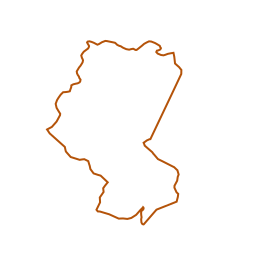 outline of Des Bottes, Soufrière, Saint Lucia, rotated 296°
{"feature_id": "8701671B89726898979713", "entity_name": "Des Bottes", "entity_type": "district", "adm_level": 2, "iso_a3": "LCA", "parent_name": "Saint Lucia", "parent_adm1": "Soufrière", "projection": "equal_earth", "projection_center": [-61.034, 13.88], "detail": "fine", "context": "isolated", "style": "outline", "palette": "amber", "viewbox_px": 256, "rotation_deg": 296, "n_neighbors": 0, "source": "geoboundaries", "source_scale": "gbopen_adm2", "svg_char_len": 2748}
<svg xmlns="http://www.w3.org/2000/svg" viewBox="0 0 256 256"><g transform="rotate(296 128 128)"><path d="M215.5,135.9L213.7,133.4L212.1,131.3L210.1,129.4L208.9,128.1L208.1,125.7L207.9,122.0L208.7,120.1L210.2,120.1L211.0,121.2L212.0,122.0L212.8,122.6L214.2,122.6L215.0,121.3L215.8,120.5L216.0,118.4L216.2,115.6L216.2,115.2L216.2,114.7L215.9,111.0L215.1,108.9L213.1,107.3L210.7,105.6L208.1,104.5L204.1,102.6L201.9,101.5L201.4,100.4L201.5,99.5L201.5,97.9L199.9,95.8L198.9,94.7L198.1,91.8L198.0,88.9L198.0,88.6L198.0,88.0L198.3,85.6L198.0,84.1L198.0,83.2L198.0,81.9L198.7,79.8L198.9,78.9L198.3,76.5L198.1,75.7L197.3,72.6L196.9,71.0L196.3,69.4L195.1,68.3L193.7,67.0L190.7,65.1L189.5,64.0L189.5,63.1L189.6,59.9L189.4,57.4L189.0,55.3L188.0,53.9L187.0,53.7L186.2,54.7L185.2,56.3L184.6,57.1L183.8,57.3L182.0,57.3L177.2,54.8L174.5,54.3L172.7,54.2L170.9,55.8L169.9,57.1L169.1,57.9L168.3,58.1L167.1,58.4L165.7,58.3L163.0,58.0L161.0,57.5L156.4,57.1L154.8,58.2L153.6,59.7L152.8,61.2L151.5,62.5L150.7,64.1L149.1,64.6L147.9,64.5L146.1,63.2L144.9,61.6L143.3,59.7L141.5,58.4L139.7,59.1L137.5,59.3L135.5,59.6L134.3,58.2L132.9,56.1L131.7,54.0L128.5,52.9L124.9,52.3L121.9,52.0L118.0,52.4L114.8,55.0L112.7,58.2L111.1,60.8L109.7,61.3L102.5,61.0L95.6,59.1L91.2,55.9L88.8,60.0L83.3,79.5L80.9,81.4L79.7,82.4L79.3,83.2L76.8,89.2L78.2,98.5L79.8,100.8L80.8,102.4L80.8,106.8L78.4,109.0L77.2,110.2L75.9,111.2L74.6,112.2L72.1,117.0L72.7,121.5L73.2,124.3L70.3,133.6L66.0,132.6L65.9,132.6L63.0,132.1L59.8,134.1L53.9,133.2L53.2,133.1L50.0,134.9L48.9,135.5L43.4,135.5L40.7,135.5L40.3,136.2L39.8,137.6L40.6,139.3L42.2,148.9L42.5,159.4L44.5,163.1L46.0,167.3L48.6,170.4L53.5,173.4L60.0,175.2L63.2,176.3L63.4,176.3L63.3,176.6L63.1,176.8L62.9,177.1L62.6,177.2L62.4,177.3L62.2,177.3L61.8,177.4L61.6,177.3L61.4,177.3L61.1,177.3L60.8,177.2L60.5,177.0L60.2,176.8L60.0,176.7L59.7,176.7L59.2,176.5L58.9,176.5L58.6,176.6L58.4,176.7L58.1,176.7L57.7,176.9L57.1,177.2L56.5,177.5L56.2,177.7L55.5,178.1L54.9,178.5L54.5,178.8L54.3,178.9L53.8,179.3L53.0,179.5L52.3,179.7L51.4,180.0L50.5,180.6L49.6,181.1L49.1,181.4L48.7,181.9L48.2,182.5L48.1,182.9L48.0,183.2L48.0,183.4L48.0,183.6L48.1,183.9L48.2,184.3L48.4,184.4L67.1,189.4L83.0,203.9L83.1,204.0L87.9,203.0L89.7,202.4L90.8,202.0L91.5,199.8L91.9,199.3L94.7,195.9L96.5,195.1L98.9,195.2L102.2,195.3L105.3,194.3L106.0,194.1L107.3,194.0L108.4,193.9L110.4,192.1L111.7,190.9L112.0,189.8L113.0,186.7L113.0,186.0L113.2,173.5L113.2,168.5L115.8,162.6L115.8,162.4L116.9,160.4L118.5,154.3L119.0,152.5L119.5,150.7L120.2,150.1L121.6,148.5L124.1,149.9L125.0,150.3L125.2,150.5L127.3,152.2L127.8,153.0L177.4,152.5L199.9,152.2L203.6,150.5L204.4,148.7L205.1,147.3L205.9,144.4L206.6,142.0L212.4,138.3L215.5,135.9Z" fill="none" stroke="#b45309" stroke-width="2"/></g></svg>